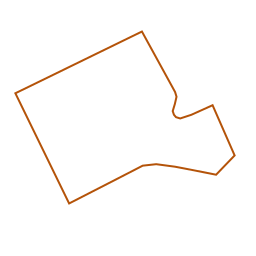 outline of A-Dakhla Oasis, Al Wadi at Jadid, Egypt, rotated 64°
{"feature_id": "37247803B63195966732086", "entity_name": "A-Dakhla Oasis", "entity_type": "district", "adm_level": 2, "iso_a3": "EGY", "parent_name": "Egypt", "parent_adm1": "Al Wadi at Jadid", "projection": "mercator", "projection_center": [27.396, 24.837], "detail": "fine", "context": "isolated", "style": "outline", "palette": "amber", "viewbox_px": 256, "rotation_deg": 64, "n_neighbors": 0, "source": "geoboundaries", "source_scale": "gbopen_adm2", "svg_char_len": 506}
<svg xmlns="http://www.w3.org/2000/svg" viewBox="0 0 256 256"><g transform="rotate(64 128 128)"><path d="M199.4,44.2L144.6,42.0L143.9,65.3L142.3,76.9L139.3,80.1L136.2,80.9L132.4,80.4L127.0,75.4L121.2,70.7L116.3,69.9L47.4,73.2L47.4,74.5L47.4,85.0L47.4,93.1L47.4,95.5L47.4,103.3L47.4,113.6L47.4,122.9L47.4,128.7L47.4,136.4L47.4,148.2L47.4,154.9L47.4,214.0L170.0,214.0L168.9,158.4L168.3,131.3L172.9,118.5L183.4,102.7L189.6,94.4L208.6,69.3L199.4,44.2Z" fill="none" stroke="#b45309" stroke-width="2"/></g></svg>